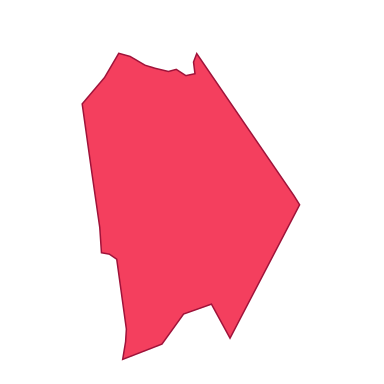 outline of Mar Vermelho, Alagoas, Brazil, rotated 78°
{"feature_id": "56859067B23677371682445", "entity_name": "Mar Vermelho", "entity_type": "district", "adm_level": 2, "iso_a3": "BRA", "parent_name": "Brazil", "parent_adm1": "Alagoas", "projection": "orthographic", "projection_center": [-36.41, -9.467], "detail": "fine", "context": "isolated", "style": "filled", "palette": "rose", "viewbox_px": 384, "rotation_deg": 78, "n_neighbors": 0, "source": "geoboundaries", "source_scale": "gbopen_adm2", "svg_char_len": 504}
<svg xmlns="http://www.w3.org/2000/svg" viewBox="0 0 384 384"><g transform="rotate(78 192 192)"><path d="M341.3,294.6L334.5,253.0L309.6,225.6L305.7,196.3L342.9,185.2L226.9,89.4L216.7,93.1L133.5,127.4L57.6,158.6L65.2,163.5L76.9,164.5L76.9,173.8L68.8,181.9L69.2,190.0L63.4,202.2L58.3,211.5L46.5,224.4L41.1,234.8L61.8,253.7L83.0,281.1L140.0,285.1L154.5,286.1L207.6,289.6L232.6,293.2L235.6,285.8L242.1,279.6L312.5,284.7L324.7,288.1L341.3,294.6Z" fill="#f43f5e" stroke="#9f1239" stroke-width="1.5"/></g></svg>